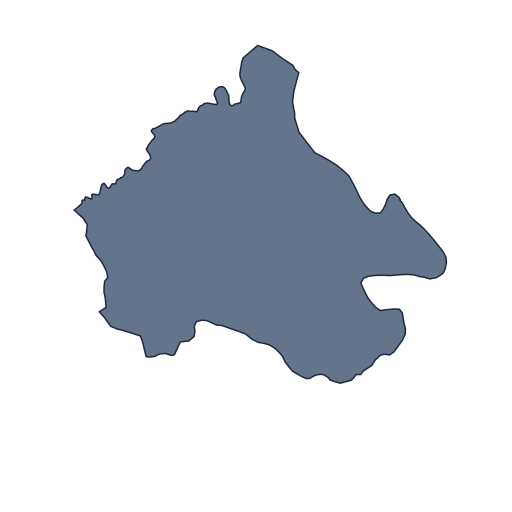 the district of Ash shaghadirah, Hajjah, Yemen, rotated 138°
{"feature_id": "15242507B87053046853902", "entity_name": "Ash shaghadirah", "entity_type": "district", "adm_level": 2, "iso_a3": "YEM", "parent_name": "Yemen", "parent_adm1": "Hajjah", "projection": "natural_earth1", "projection_center": [43.498, 15.607], "detail": "fine", "context": "isolated", "style": "filled", "palette": "slate", "viewbox_px": 512, "rotation_deg": 138, "n_neighbors": 0, "source": "geoboundaries", "source_scale": "gbopen_adm2", "svg_char_len": 5062}
<svg xmlns="http://www.w3.org/2000/svg" viewBox="0 0 512 512"><g transform="rotate(138 256 256)"><path d="M268.3,99.9L265.7,100.1L260.9,100.8L257.4,97.8L256.5,98.0L253.5,98.7L248.2,98.0L243.4,97.2L236.9,98.9L230.6,99.1L226.5,97.4L223.0,93.2L217.9,92.4L212.5,93.5L207.4,94.6L202.7,95.7L200.2,96.9L197.5,98.0L193.7,101.8L191.2,106.7L185.3,115.9L185.1,120.5L188.9,124.3L195.3,129.0L200.2,132.4L201.4,137.9L201.4,143.6L201.0,149.1L200.3,152.1L199.6,154.9L197.9,160.6L196.2,165.7L191.1,167.5L186.2,165.8L181.1,162.3L177.2,159.1L173.3,155.5L169.4,151.7L164.4,148.0L160.5,144.9L160.1,144.6L155.7,140.9L151.4,136.5L148.5,131.9L148.4,131.6L145.0,127.3L142.1,122.6L138.4,120.5L137.5,119.9L137.2,119.5L132.9,118.5L127.9,118.1L123.4,120.3L118.9,123.7L115.7,127.8L114.1,134.0L113.7,139.9L113.3,145.9L113.0,151.8L112.9,157.4L113.0,163.2L113.4,169.3L114.3,174.8L114.7,180.3L114.3,186.0L113.2,191.9L111.6,197.8L111.8,200.6L111.8,201.0L111.4,201.3L111.1,201.5L110.5,203.8L111.4,209.1L115.8,211.7L120.6,210.3L124.9,207.8L129.8,205.8L134.7,204.8L138.9,208.2L141.0,213.1L141.1,219.1L140.9,223.2L140.8,223.9L139.5,230.6L137.7,236.3L136.2,241.6L134.8,247.3L133.4,253.3L133.8,259.5L134.6,265.1L135.5,270.4L135.8,271.2L137.3,276.6L139.0,282.0L140.8,287.1L143.2,293.2L142.5,303.1L141.2,319.3L135.1,332.4L131.3,336.8L129.1,340.8L128.5,341.5L125.8,346.0L121.8,349.5L117.3,353.4L112.8,356.3L101.6,363.6L102.1,368.8L101.0,373.1L102.6,378.9L104.1,384.6L105.2,390.2L106.3,396.2L106.6,397.6L114.0,411.4L132.8,411.8L133.6,411.4L135.7,410.4L136.2,410.2L139.8,407.3L143.2,404.6L146.3,402.0L148.1,399.4L149.5,395.6L150.5,391.5L151.5,388.1L153.1,386.6L156.2,385.8L160.0,384.2L163.2,381.5L165.0,380.4L167.6,381.6L170.0,383.1L171.9,383.1L173.8,384.1L174.1,385.9L173.2,388.0L172.1,389.6L169.8,392.2L168.8,393.9L168.3,395.7L167.6,398.1L166.9,400.7L167.0,403.0L167.8,404.3L169.3,405.7L171.4,406.4L174.2,406.6L176.6,405.9L178.7,404.2L179.5,403.1L180.1,400.9L180.9,399.0L181.8,396.5L182.6,395.0L183.1,394.9L183.5,394.9L184.6,395.7L185.6,396.8L186.6,398.0L187.9,400.0L189.0,401.2L190.0,402.4L191.9,403.5L192.9,404.0L194.5,403.9L196.2,404.6L197.7,404.8L199.4,404.4L200.8,404.0L202.4,403.0L203.3,402.6L203.9,403.4L204.6,404.4L206.3,406.1L207.9,407.3L208.8,408.6L209.6,409.5L213.2,410.5L215.8,410.4L217.3,411.1L217.5,411.1L218.4,411.1L219.5,411.0L220.7,410.7L222.4,410.6L224.1,410.7L226.1,410.6L228.2,411.1L231.0,412.2L233.1,413.9L235.2,415.6L237.5,416.5L240.9,417.1L244.7,418.2L246.3,418.6L246.9,419.3L247.8,419.6L248.6,419.4L249.6,419.4L250.4,418.4L250.5,416.9L250.5,414.9L250.5,414.0L251.0,412.9L251.9,412.0L253.0,411.6L254.5,411.6L255.8,411.5L256.3,411.5L258.7,411.0L260.0,410.7L261.3,410.6L262.5,410.0L264.5,409.3L265.7,409.1L266.3,408.2L266.5,406.6L266.7,405.4L266.9,403.8L267.2,402.7L267.4,401.8L267.9,400.7L268.6,399.5L269.3,398.8L270.2,398.7L271.9,398.7L273.4,399.4L274.0,399.5L274.6,399.5L277.7,398.9L280.7,398.3L281.5,398.0L282.8,397.6L284.0,397.5L285.0,397.6L286.2,398.0L287.6,399.2L288.7,400.3L289.0,400.9L289.7,401.3L290.0,401.7L290.3,402.3L290.5,403.1L290.9,404.5L291.2,406.1L291.6,407.3L291.7,407.5L293.3,407.9L294.7,407.8L295.9,407.4L296.9,406.6L297.8,405.8L299.6,404.4L301.4,404.0L302.3,403.9L303.2,404.2L304.2,404.7L305.1,404.6L306.2,404.7L307.0,405.4L307.7,405.5L308.3,405.5L309.3,405.3L310.3,404.6L311.3,403.8L312.3,403.9L313.2,404.4L314.0,405.4L314.8,405.8L316.2,405.6L317.4,405.1L318.9,404.7L319.9,404.8L320.4,405.5L320.7,406.5L320.6,407.8L320.3,409.3L320.3,410.6L320.3,411.6L321.8,412.2L322.8,412.1L324.0,411.5L325.2,410.8L326.7,409.7L329.8,407.4L330.8,407.0L332.1,407.0L332.9,407.4L333.4,408.0L334.0,408.8L334.3,409.5L334.8,410.1L335.0,410.3L335.7,411.0L336.4,411.3L337.3,411.3L337.8,410.8L338.1,410.1L338.4,409.2L339.3,408.4L339.9,408.5L340.6,409.3L341.2,410.5L342.0,412.2L342.4,413.0L342.9,413.7L343.6,413.7L343.8,413.7L344.6,413.4L345.3,412.9L346.0,412.2L346.5,412.6L346.8,412.9L347.4,413.6L347.8,413.5L348.4,413.3L349.1,412.9L349.8,411.7L350.5,411.5L352.1,411.5L353.8,411.5L355.7,411.5L355.8,411.5L357.4,411.5L358.7,411.6L360.0,411.5L360.4,411.7L359.2,399.6L360.4,392.3L364.9,388.0L369.0,384.8L370.4,379.3L371.8,374.0L373.0,368.6L373.3,367.4L374.5,363.1L374.3,357.8L375.4,351.3L376.1,349.2L377.5,344.1L380.6,339.2L385.5,338.4L389.6,334.7L393.3,330.6L396.2,325.6L399.4,321.1L399.6,320.9L401.8,318.1L409.8,319.4L409.8,311.8L410.0,310.4L411.0,300.8L407.6,293.9L405.1,290.4L398.3,279.0L395.5,274.0L397.4,268.7L405.0,254.7L402.5,251.9L398.2,249.1L393.3,247.8L388.6,244.2L385.3,238.7L382.7,237.2L380.3,238.3L369.7,242.8L362.8,237.8L355.9,237.6L352.0,240.7L348.7,245.2L344.1,247.1L342.2,246.0L341.5,245.7L341.0,245.4L339.4,244.7L335.8,240.9L333.4,235.6L331.5,231.2L331.3,230.7L327.9,227.3L325.8,223.4L321.9,216.2L316.0,205.2L314.9,198.5L314.7,196.9L312.1,190.3L308.5,185.7L305.9,181.6L304.9,178.8L304.2,176.7L303.6,173.7L303.3,168.5L303.4,163.7L305.3,157.7L305.8,151.0L305.9,145.7L302.4,135.0L300.3,130.8L297.9,129.1L294.9,128.5L291.3,127.6L287.4,125.0L285.0,122.3L283.6,117.0L284.0,114.3L281.3,109.6L278.5,105.1L268.3,99.9Z" fill="#64748b" stroke="#1e293b" stroke-width="1.5"/></g></svg>